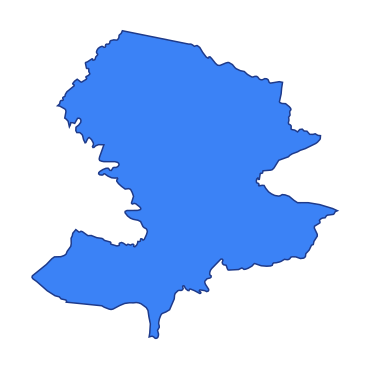 Concepcion, Ocotepeque, Honduras, rotated 8°
{"feature_id": "27666195B60118725213626", "entity_name": "Concepcion", "entity_type": "district", "adm_level": 2, "iso_a3": "HND", "parent_name": "Honduras", "parent_adm1": "Ocotepeque", "projection": "orthographic", "projection_center": [-89.206, 14.517], "detail": "fine", "context": "isolated", "style": "filled", "palette": "blue", "viewbox_px": 384, "rotation_deg": 8, "n_neighbors": 0, "source": "geoboundaries", "source_scale": "gbopen_adm2", "svg_char_len": 5916}
<svg xmlns="http://www.w3.org/2000/svg" viewBox="0 0 384 384"><g transform="rotate(8 192 192)"><path d="M169.7,341.5L171.7,340.6L172.9,340.4L174.1,340.8L175.7,341.9L176.6,342.0L177.6,341.6L178.4,340.6L178.7,339.0L178.6,337.3L177.1,333.8L178.4,330.6L178.2,329.2L177.3,327.0L177.2,325.3L177.4,322.1L178.2,318.6L178.7,317.3L179.5,316.4L182.9,314.4L186.2,311.7L189.3,300.3L189.1,296.5L189.5,294.7L191.8,291.7L192.9,291.2L195.0,291.0L196.2,290.2L196.7,288.9L195.9,287.1L196.1,286.3L196.7,286.0L197.4,286.2L199.1,288.6L201.5,290.1L202.7,290.1L203.1,288.6L203.9,288.3L208.0,289.3L213.8,291.4L214.6,291.1L214.8,290.4L214.4,289.8L213.0,289.1L213.0,288.4L213.5,287.8L218.4,287.9L220.5,288.6L221.9,287.8L222.2,287.0L222.0,286.0L218.2,281.6L217.2,279.7L217.1,278.6L219.0,275.8L221.9,274.6L222.7,273.8L222.7,272.5L221.4,271.7L220.9,270.8L220.8,268.7L221.3,266.7L222.2,265.0L229.9,254.5L231.0,254.2L231.9,254.8L232.1,255.6L231.7,257.5L232.3,258.9L233.6,259.7L236.0,259.8L237.7,263.1L238.5,264.1L239.2,264.2L248.9,262.3L251.7,260.4L252.7,260.5L254.2,261.4L255.8,261.0L258.2,259.7L261.7,257.0L263.4,254.5L264.0,254.1L270.8,255.4L276.2,255.1L280.1,254.3L281.7,253.4L282.0,251.7L282.6,250.9L285.4,250.3L288.4,249.1L290.0,248.2L292.9,245.8L295.7,245.8L297.0,245.4L298.0,244.6L299.0,242.8L300.3,242.2L303.8,241.8L308.7,242.8L311.9,241.9L313.3,240.3L313.3,237.2L316.1,233.2L317.7,228.1L319.4,227.1L319.6,224.0L322.2,218.3L321.9,216.4L318.1,210.6L318.1,208.8L322.9,204.8L323.0,204.0L322.1,202.3L323.1,200.9L324.7,199.7L327.4,199.0L328.4,196.9L329.3,196.1L335.0,194.5L335.7,193.8L336.6,191.5L338.6,190.3L333.6,188.8L320.2,186.7L308.5,186.4L298.0,187.9L294.0,186.0L288.9,182.8L284.6,181.9L281.7,182.0L279.8,183.5L278.3,184.0L274.4,183.9L270.9,182.8L267.8,181.2L264.5,178.1L262.5,175.5L260.6,175.6L257.5,176.6L257.1,176.2L257.3,175.2L256.9,174.5L256.2,174.1L255.1,174.0L254.6,173.6L254.1,171.9L254.3,170.1L255.3,168.9L255.7,169.2L256.0,170.3L256.9,170.1L257.0,164.4L257.4,163.9L258.5,163.8L259.2,163.3L259.4,161.1L266.9,159.4L268.4,158.7L269.9,156.7L273.5,148.5L282.6,143.7L283.7,142.1L286.0,140.2L291.0,137.5L293.3,135.7L298.1,133.3L307.8,126.7L309.3,125.2L311.4,122.1L311.6,121.1L311.4,118.3L308.8,118.4L305.9,117.2L303.8,118.1L300.5,118.5L297.4,115.8L294.6,116.0L292.4,114.4L290.0,115.1L288.2,117.8L285.1,116.4L282.3,116.3L281.4,115.9L281.0,112.8L280.1,111.9L278.4,111.3L277.8,110.2L278.0,107.3L277.3,104.5L278.4,102.2L277.6,99.2L277.7,98.2L278.5,96.8L278.1,95.5L276.5,94.0L272.4,91.5L268.7,91.8L266.6,91.2L266.0,90.5L266.6,82.5L266.3,76.4L266.4,70.8L263.1,70.6L254.4,73.3L253.1,72.6L251.7,70.2L250.2,69.5L248.3,69.6L246.2,71.0L244.9,71.3L243.1,70.9L241.2,69.1L240.0,68.5L238.3,68.7L236.2,69.7L235.0,69.7L230.6,67.9L227.0,65.4L222.9,65.1L218.7,63.8L217.2,62.9L214.3,60.2L210.6,58.7L209.6,58.7L207.6,59.5L202.0,62.8L199.7,62.9L197.3,61.3L192.9,57.1L191.1,55.7L190.1,55.8L189.8,56.9L189.2,57.2L187.3,56.4L183.1,52.2L179.6,47.8L176.9,46.3L176.1,46.4L174.1,47.4L171.7,46.1L170.3,45.7L168.1,46.0L100.6,42.0L99.9,44.6L98.0,46.9L98.1,49.4L97.1,51.6L96.2,52.1L93.4,52.2L90.5,53.4L89.8,54.2L89.8,55.8L89.3,56.7L88.4,57.3L86.9,57.4L86.1,58.0L85.9,58.7L86.2,59.9L85.8,60.6L84.7,61.0L83.2,60.3L82.2,60.4L80.5,61.5L79.1,62.9L78.2,64.8L77.9,66.6L78.2,67.5L79.3,68.5L79.5,69.3L77.9,71.6L77.6,73.7L77.2,74.6L75.7,75.3L75.2,75.0L75.0,74.1L74.5,74.0L70.4,77.6L68.6,78.6L68.5,79.2L70.2,84.0L70.8,84.4L71.9,84.1L72.6,84.4L73.1,87.2L74.3,88.9L74.3,89.6L72.9,91.2L71.0,92.5L71.0,93.2L71.9,94.0L71.6,95.1L67.3,98.6L66.5,98.5L62.6,96.3L60.2,98.7L58.8,101.2L59.2,101.9L60.4,102.4L60.5,103.3L54.2,110.1L53.0,112.9L52.8,115.1L51.4,115.9L50.9,116.6L51.0,117.3L51.6,118.2L51.5,118.9L51.0,119.4L49.8,119.5L49.2,120.0L48.8,121.0L48.7,123.1L46.9,125.3L49.0,125.3L54.4,127.4L55.4,128.2L56.0,130.0L55.7,136.5L57.4,137.4L59.5,139.2L61.5,144.5L62.2,142.4L62.3,140.2L64.4,140.0L66.3,140.4L68.4,135.0L69.9,134.6L71.4,135.3L72.1,136.7L72.1,138.5L70.5,141.5L68.1,144.0L68.4,147.4L69.7,149.2L72.7,148.8L75.1,150.4L75.9,151.6L77.3,155.2L79.3,158.2L80.0,157.8L81.1,154.2L82.0,152.7L82.6,152.3L85.2,154.1L87.5,157.2L87.8,158.9L87.1,160.8L87.7,161.7L88.7,161.5L90.1,159.7L92.9,158.1L98.2,157.5L95.6,170.2L95.5,172.3L96.2,173.6L98.2,174.1L100.5,174.2L111.5,172.7L114.1,173.0L115.4,173.8L116.0,175.2L115.2,176.9L113.6,178.2L111.4,178.5L110.5,178.9L109.1,181.9L107.7,182.0L106.4,180.6L105.6,180.1L103.5,180.5L100.6,182.2L98.1,184.3L97.0,185.7L97.0,187.0L98.2,187.8L100.3,187.8L101.3,187.5L102.2,186.3L102.9,186.1L106.4,187.9L110.3,189.1L113.3,189.0L116.1,188.5L116.6,189.3L115.8,190.7L116.0,191.8L118.0,193.9L121.4,196.2L125.4,198.4L128.6,197.5L130.1,197.7L131.1,198.3L132.9,200.9L134.7,204.4L133.6,211.1L133.8,211.8L134.7,212.2L136.4,211.3L138.0,211.5L142.3,214.0L143.3,214.9L143.7,215.9L143.0,216.8L140.7,217.8L130.1,219.4L128.5,220.5L128.6,221.9L131.5,224.7L134.7,226.5L137.5,227.2L142.5,227.5L145.2,228.4L148.2,233.0L149.6,234.0L151.7,234.7L152.7,235.9L153.3,237.6L152.8,240.7L151.3,245.6L150.2,246.5L148.8,245.3L147.7,245.6L147.6,247.9L146.8,248.4L145.3,248.5L145.2,250.4L144.5,252.4L143.0,254.2L141.9,254.0L141.8,252.5L141.0,251.9L140.1,252.0L138.5,253.1L135.8,252.6L134.5,253.9L131.3,252.3L129.2,251.8L127.3,252.8L127.1,253.5L127.5,254.6L127.2,255.1L125.2,255.9L119.3,255.0L118.7,254.6L118.6,253.3L118.1,252.9L111.9,252.1L110.9,251.2L109.3,250.5L104.1,250.5L98.3,249.1L95.0,249.7L89.1,246.6L87.5,246.3L86.3,247.3L85.6,247.4L82.2,245.4L79.7,249.4L79.5,252.3L78.7,254.6L79.6,260.0L79.5,262.7L76.6,268.2L76.0,270.9L74.5,272.5L71.2,274.3L64.8,275.4L62.5,277.6L57.9,284.0L45.6,297.2L45.4,298.6L45.9,299.4L46.7,300.2L50.6,302.2L62.3,309.9L70.8,313.8L75.2,314.3L77.3,316.1L82.1,316.5L83.0,317.5L82.8,318.6L118.5,317.2L121.1,318.3L126.2,319.5L128.2,319.6L130.1,318.9L136.3,314.4L140.9,311.7L145.5,310.4L149.5,309.9L152.2,309.2L154.6,309.2L157.2,309.8L162.8,312.8L164.9,315.4L166.7,321.6L169.1,328.4L169.8,337.5L169.7,341.5Z" fill="#3b82f6" stroke="#1e3a8a" stroke-width="1.5"/></g></svg>